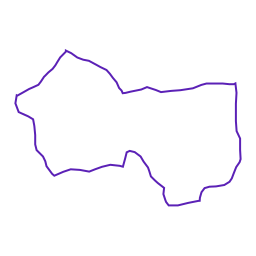 Zardab District, Zərdab, Azerbaijan
{"feature_id": "54616110B34042895235078", "entity_name": "Zardab District", "entity_type": "district", "adm_level": 2, "iso_a3": "AZE", "parent_name": "Azerbaijan", "parent_adm1": "Zərdab", "projection": "robinson", "projection_center": [47.712, 40.25], "detail": "fine", "context": "isolated", "style": "outline", "palette": "violet", "viewbox_px": 256, "rotation_deg": 0, "n_neighbors": 0, "source": "geoboundaries", "source_scale": "gbopen_adm2", "svg_char_len": 1335}
<svg xmlns="http://www.w3.org/2000/svg" viewBox="0 0 256 256"><path d="M16.7,95.4L15.4,103.3L18.7,112.1L28.3,116.4L33.1,119.3L34.2,125.2L34.4,126.6L35.2,135.1L35.2,144.4L36.6,150.1L43.0,156.5L45.3,161.3L46.5,166.2L52.1,173.8L54.3,175.7L63.3,171.8L70.7,169.3L79.9,169.9L89.2,171.6L95.3,169.2L102.0,166.8L110.3,164.8L119.6,165.8L122.9,166.7L125.2,158.3L126.7,152.3L129.7,150.9L134.7,152.1L140.6,156.5L143.6,161.6L148.0,167.5L149.3,171.2L150.9,176.4L154.8,180.3L157.0,182.3L157.9,183.1L164.1,187.9L163.4,194.1L165.4,200.2L166.1,202.0L168.7,205.4L177.9,205.4L188.2,202.9L198.3,200.9L199.7,200.8L199.9,197.8L201.5,192.2L204.6,188.1L209.5,186.7L216.0,186.4L224.3,185.0L229.5,181.8L231.8,178.4L233.7,173.4L236.2,167.1L239.6,162.2L240.6,159.1L240.1,149.9L240.1,138.5L236.6,131.1L235.9,121.2L235.9,103.6L236.5,92.8L235.4,83.4L233.8,84.2L229.4,84.2L222.4,83.5L215.1,83.5L206.6,83.5L201.4,84.9L192.9,88.3L180.4,90.2L171.1,90.9L161.0,92.1L155.8,90.0L147.0,87.1L141.3,89.5L130.4,91.7L125.5,92.9L122.7,93.2L121.6,90.6L119.1,88.0L116.6,82.3L112.9,77.9L109.9,73.8L106.5,70.0L100.3,67.0L96.7,65.0L88.9,60.8L83.2,59.7L77.3,57.5L71.1,53.1L65.9,50.6L65.9,51.6L60.2,57.4L57.4,61.9L55.3,65.4L52.6,68.9L48.4,72.4L45.0,75.9L44.1,76.7L40.8,81.7L38.4,84.8L33.0,87.3L29.1,89.0L21.7,93.2L17.2,95.7L16.7,95.4Z" fill="none" stroke="#5b21b6" stroke-width="2"/></svg>